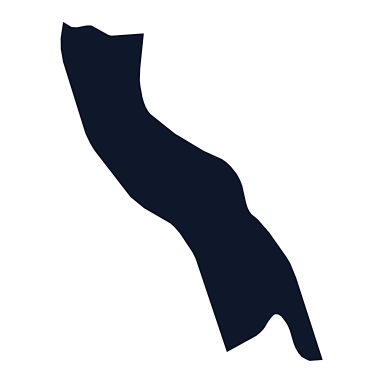 SVG path tracing the border of Asyut, rotated 4°
{"feature_id": "EGY-1549", "entity_name": "Asyut", "entity_type": "Governorate", "adm_level": 1, "iso_a3": "EGY", "parent_name": "Egypt", "parent_adm1": "", "projection": "equal_earth", "projection_center": [31.171, 27.231], "detail": "fine", "context": "isolated", "style": "filled", "palette": "ink", "viewbox_px": 384, "rotation_deg": 4, "n_neighbors": 0, "source": "natural_earth", "source_scale": "10m", "svg_char_len": 967}
<svg xmlns="http://www.w3.org/2000/svg" viewBox="0 0 384 384"><g transform="rotate(4 192 192)"><path d="M52.2,32.5L60.2,36.6L65.8,36.5L75.3,34.0L78.1,33.7L80.0,33.7L97.3,41.8L100.5,42.5L132.1,38.0L131.0,72.9L131.4,84.5L132.4,89.9L135.2,101.0L137.1,106.2L139.2,110.6L141.8,114.7L144.7,117.8L170.7,135.7L200.7,150.9L219.5,157.9L223.7,160.5L228.3,164.2L234.8,171.3L238.4,177.0L241.1,182.7L245.8,198.7L248.1,204.6L250.3,208.1L252.4,210.5L259.2,215.4L271.5,227.7L290.1,250.6L294.4,256.7L301.2,270.5L333.0,349.8L321.2,351.5L317.7,350.3L313.4,348.2L310.0,344.8L307.0,340.5L304.6,335.7L299.9,323.0L297.7,318.6L295.3,315.1L290.2,309.2L286.4,307.3L283.1,307.4L281.3,308.8L279.0,311.5L276.0,316.3L274.1,320.4L272.1,323.7L269.3,327.0L266.0,330.2L238.3,348.1L201.0,258.1L197.4,251.9L183.5,233.8L178.0,228.2L173.2,224.3L145.8,210.9L131.4,200.7L92.1,156.6L87.4,149.8L82.3,140.9L55.0,71.0L51.9,58.6L51.0,47.8L52.2,32.5Z" fill="#0f172a" stroke="#020617" stroke-width="1.5"/></g></svg>